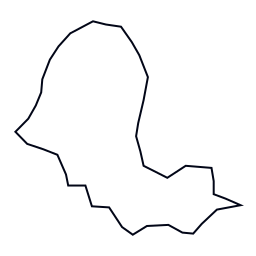 the district of Pano Deftera, Nicosia, Cyprus
{"feature_id": "46923920B2201845302694", "entity_name": "Pano Deftera", "entity_type": "district", "adm_level": 2, "iso_a3": "CYP", "parent_name": "Cyprus", "parent_adm1": "Nicosia", "projection": "natural_earth1", "projection_center": [33.266, 35.092], "detail": "fine", "context": "isolated", "style": "outline", "palette": "ink", "viewbox_px": 256, "rotation_deg": 0, "n_neighbors": 0, "source": "geoboundaries", "source_scale": "gbopen_adm2", "svg_char_len": 615}
<svg xmlns="http://www.w3.org/2000/svg" viewBox="0 0 256 256"><path d="M15.4,131.8L27.2,143.9L43.4,149.3L57.4,154.8L66.0,174.5L68.2,185.5L85.4,185.5L91.9,206.3L109.1,207.4L122.1,227.1L132.8,234.7L146.9,226.0L168.4,224.9L182.4,232.6L193.2,233.6L201.8,223.8L216.9,209.6L240.6,205.2L225.5,198.6L213.7,194.2L213.7,181.1L211.5,167.9L185.7,165.8L167.3,177.8L143.6,165.8L140.4,151.5L136.1,136.2L138.2,123.1L143.6,100.1L147.9,77.1L139.3,55.2L131.8,42.1L121.0,26.7L105.9,24.5L93.0,21.3L70.3,33.3L58.5,46.4L49.9,59.6L42.3,79.3L41.2,92.4L35.8,105.5L28.3,118.7L15.4,131.8Z" fill="none" stroke="#020617" stroke-width="2"/></svg>